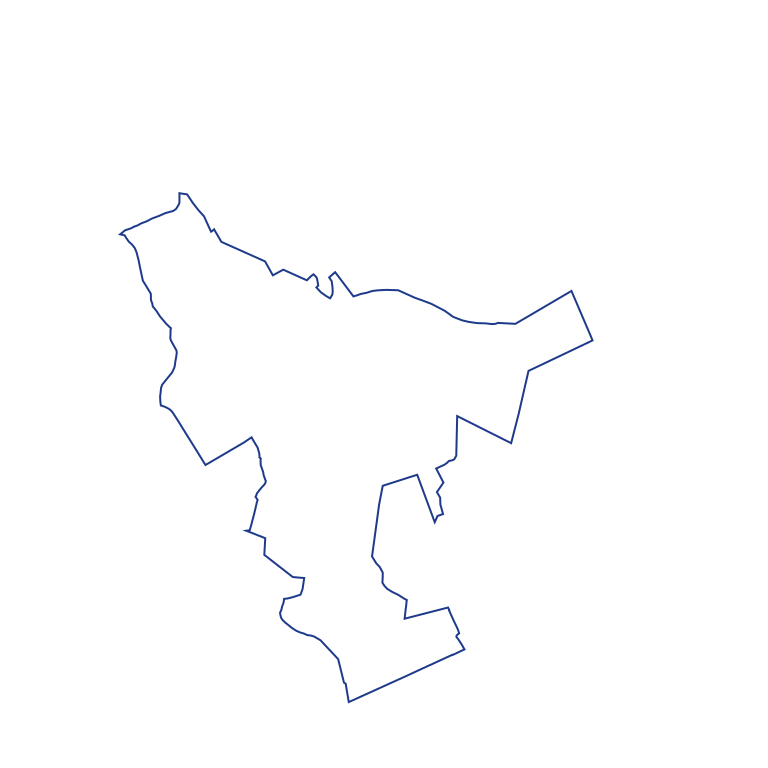 the district of Reyes Etla, Oaxaca, Mexico, rotated 149°
{"feature_id": "50627088B16389783257433", "entity_name": "Reyes Etla", "entity_type": "district", "adm_level": 2, "iso_a3": "MEX", "parent_name": "Mexico", "parent_adm1": "Oaxaca", "projection": "albers", "projection_center": [-96.814, 17.21], "detail": "fine", "context": "isolated", "style": "outline", "palette": "blue", "viewbox_px": 768, "rotation_deg": 149, "n_neighbors": 0, "source": "geoboundaries", "source_scale": "gbopen_adm2", "svg_char_len": 4174}
<svg xmlns="http://www.w3.org/2000/svg" viewBox="0 0 768 768"><g transform="rotate(149 384 384)"><path d="M533.1,648.2L529.7,645.0L529.8,642.6L529.4,637.3L528.1,633.1L527.6,628.7L528.4,623.9L530.7,616.2L533.0,609.9L537.5,596.7L537.4,591.0L537.4,585.7L537.4,581.4L540.6,575.9L541.1,572.6L542.3,569.4L541.9,567.6L541.4,563.7L541.2,557.3L539.7,548.1L538.3,542.7L537.9,541.6L539.6,539.6L540.3,538.3L541.4,536.6L542.4,535.1L543.5,533.5L544.2,531.1L544.3,529.8L544.4,526.2L544.5,523.0L544.6,520.0L544.7,519.6L545.3,518.0L546.0,516.9L547.5,515.1L549.4,512.8L549.5,512.7L551.4,510.6L553.6,507.8L554.3,507.0L555.1,506.2L556.1,505.5L557.6,504.4L560.0,502.9L560.9,502.6L563.9,501.5L569.2,499.6L571.6,498.7L573.6,498.0L574.4,497.7L577.1,495.5L578.4,493.7L582.7,488.1L583.0,487.4L584.8,484.0L585.7,482.1L586.3,480.5L585.2,479.3L584.6,478.5L583.5,477.3L581.9,474.7L580.9,472.9L580.0,470.0L579.8,467.6L579.5,459.5L579.4,451.0L579.4,449.0L579.4,448.1L579.3,446.8L579.3,445.6L579.3,444.7L579.3,444.0L579.1,432.8L579.0,425.4L578.9,420.8L578.8,409.3L578.7,406.5L553.6,406.2L551.3,406.2L534.3,406.0L533.8,406.0L530.6,406.2L525.0,406.5L525.1,403.4L525.1,398.2L525.1,394.6L526.7,388.7L527.1,387.7L527.5,387.1L528.3,385.5L528.6,385.2L528.2,384.3L528.0,383.6L529.0,382.3L530.5,379.7L531.5,377.7L532.7,371.9L532.8,371.6L532.9,370.9L533.1,370.2L533.4,369.7L534.1,367.9L534.3,367.1L534.4,366.4L534.5,365.7L535.0,363.7L535.1,362.7L535.2,361.8L535.9,361.1L536.5,360.4L537.0,360.1L537.4,359.9L538.1,359.5L538.7,359.3L539.4,359.1L540.2,358.9L541.2,358.6L542.3,358.3L543.1,358.0L544.4,357.5L545.8,357.1L546.5,356.7L547.2,356.5L548.0,356.2L548.9,355.8L549.7,355.4L550.2,354.9L550.7,354.4L551.2,354.1L552.2,353.5L552.2,353.0L552.1,351.0L552.1,349.6L552.6,349.1L553.9,348.2L554.5,347.4L555.6,346.3L556.8,345.1L558.3,343.5L559.6,342.2L560.9,340.9L561.7,340.0L562.5,339.2L563.2,338.6L564.1,337.7L565.0,336.7L566.1,335.8L567.0,334.9L568.3,333.6L569.9,332.0L571.3,330.7L574.4,327.8L577.7,329.2L565.2,313.0L574.6,299.2L561.6,265.5L556.4,261.7L552.3,258.8L559.4,250.2L564.1,246.4L569.1,247.6L572.1,248.3L577.3,249.9L580.3,251.3L581.1,250.3L582.8,248.2L585.8,245.9L588.5,243.1L591.0,241.4L592.2,238.1L592.6,236.0L592.5,234.0L591.5,230.2L589.8,225.8L588.7,222.6L586.3,217.7L583.8,214.2L581.3,211.5L579.0,208.2L576.4,206.2L574.0,203.6L570.4,197.0L565.0,171.8L572.1,148.7L571.2,146.8L573.0,142.3L574.5,138.5L574.6,138.2L575.6,135.7L577.1,131.9L578.0,129.5L533.0,124.3L515.1,122.2L500.9,120.7L464.9,116.7L464.9,116.4L451.7,115.1L451.6,120.3L451.6,121.2L451.8,126.9L452.2,129.9L451.4,130.9L450.3,131.3L448.0,131.6L447.7,132.8L447.1,135.6L446.8,138.3L446.1,145.6L444.8,156.6L444.5,156.6L444.2,159.4L487.2,172.2L480.4,181.1L479.5,182.1L478.7,183.2L476.4,186.3L475.7,187.1L477.2,189.5L480.4,196.0L484.1,201.6L486.7,206.7L487.6,210.6L487.7,214.5L484.4,219.4L482.2,223.0L481.9,229.4L483.0,234.4L483.1,242.3L450.1,283.4L437.5,297.4L425.2,294.5L402.3,289.1L411.7,239.4L409.5,240.9L406.1,243.3L402.5,242.6L400.4,242.1L399.6,244.9L397.8,251.5L396.7,253.5L395.8,255.2L394.4,257.6L394.3,264.1L383.8,268.9L383.8,269.1L383.2,278.3L383.0,281.5L382.8,284.7L381.9,284.6L374.1,283.7L370.7,283.9L368.0,284.6L364.7,283.4L362.5,283.3L359.0,285.3L337.8,318.8L305.5,267.8L283.8,289.2L253.4,320.8L185.4,314.2L182.8,314.0L181.9,320.0L175.4,367.2L240.4,367.9L254.9,377.7L257.3,378.1L260.4,379.6L265.6,383.6L272.9,388.3L279.4,393.6L284.4,398.5L290.2,406.0L294.2,415.4L302.1,428.3L308.9,436.9L313.2,442.1L323.5,457.0L333.4,463.4L341.3,467.6L346.0,469.7L352.1,471.2L357.4,473.1L362.0,474.0L363.6,474.5L365.1,474.8L367.7,500.0L368.3,505.0L376.1,503.6L375.9,499.0L378.4,493.3L380.5,489.4L382.3,487.2L386.1,485.2L388.3,489.2L390.9,495.2L392.2,501.6L389.7,502.2L387.8,507.0L386.9,510.0L387.9,514.3L390.3,514.1L393.8,513.4L396.7,512.6L411.5,533.9L423.3,534.4L422.8,550.3L450.2,589.6L450.0,604.1L451.8,603.7L453.8,603.7L451.9,620.5L453.5,628.4L454.6,637.4L455.1,647.9L461.1,652.9L463.0,649.7L465.8,645.0L467.8,643.3L469.8,642.3L472.2,641.1L475.7,640.9L478.4,641.7L483.5,643.1L490.0,643.9L497.4,645.3L503.8,645.7L509.2,646.7L513.9,646.9L517.1,647.6L520.2,647.7L522.8,648.2L526.6,649.1L533.1,648.2Z" fill="none" stroke="#1e3a8a" stroke-width="2"/></g></svg>